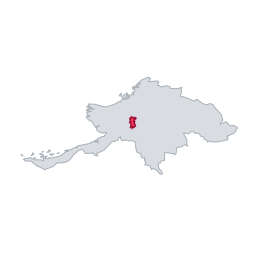 Det Khi Na, Mandalay, Myanmar (highlighted), rotated 85°
{"feature_id": "60261553B61671453611956", "entity_name": "Det Khi Na", "entity_type": "district", "adm_level": 2, "iso_a3": "MMR", "parent_name": "Myanmar", "parent_adm1": "Mandalay", "projection": "orthographic", "projection_center": [96.227, 19.679], "detail": "fine", "context": "in_parent", "style": "filled", "palette": "rose", "viewbox_px": 256, "rotation_deg": 85, "n_neighbors": 0, "source": "geoboundaries", "source_scale": "gbopen_adm2", "svg_char_len": 5899}
<svg xmlns="http://www.w3.org/2000/svg" viewBox="0 0 256 256"><g transform="rotate(85 128 128)"><path d="M166.1,114.5L163.6,113.3L161.7,114.5L158.8,114.1L159.2,116.6L157.6,117.5L154.7,117.3L153.0,121.1L147.0,122.2L143.0,121.5L140.9,125.0L140.8,128.8L139.7,131.2L140.2,135.2L137.6,136.3L136.1,136.1L136.9,137.9L139.0,138.7L140.2,142.9L139.8,144.5L148.1,154.0L150.7,161.5L152.6,160.5L153.2,161.3L152.5,163.3L150.0,164.8L149.6,172.8L145.5,174.8L145.7,177.5L146.2,179.3L149.9,184.6L154.1,188.2L156.5,192.0L157.0,197.7L156.4,200.0L157.5,203.4L159.7,205.6L162.2,214.5L157.4,222.4L152.5,227.6L151.9,233.1L150.3,234.9L149.5,233.2L149.1,227.5L151.5,223.9L152.2,216.8L153.7,215.3L152.9,214.6L151.0,215.1L151.6,209.5L150.5,209.3L151.4,208.0L150.1,198.6L146.3,192.0L145.8,189.1L145.2,193.0L144.8,192.2L144.6,187.0L142.4,181.3L142.6,180.8L143.6,181.3L142.7,180.0L141.9,180.3L141.3,178.9L140.0,167.0L138.6,165.3L139.1,160.2L140.2,158.9L136.2,159.4L134.4,155.1L134.2,152.7L130.3,149.2L130.9,150.3L130.3,151.5L130.9,153.5L129.3,157.3L127.7,159.0L125.6,159.7L123.9,158.6L123.5,156.6L122.9,156.6L124.4,160.4L118.1,163.6L117.1,165.9L113.8,168.8L112.8,168.4L113.4,164.4L111.4,167.6L108.8,167.7L108.3,163.4L107.2,165.9L105.6,166.6L106.2,159.5L105.7,161.6L103.2,164.4L100.7,165.3L101.3,159.4L104.7,150.2L105.0,147.1L103.3,139.7L100.5,133.4L101.3,133.3L99.4,131.5L99.1,126.9L98.0,128.6L97.8,131.4L95.3,129.9L93.0,125.9L94.0,125.5L96.7,127.5L98.2,126.4L98.6,125.1L94.4,121.1L95.5,119.5L94.1,119.5L90.5,117.6L89.5,117.9L89.9,119.6L89.1,120.1L87.8,117.5L88.8,116.3L87.9,116.2L88.6,114.0L88.2,113.6L86.5,116.6L85.5,115.8L86.6,114.4L86.2,113.5L84.7,111.7L84.8,114.8L81.1,109.8L79.1,103.0L80.8,101.3L83.7,103.4L83.6,95.1L84.9,93.3L87.8,94.9L88.7,92.8L89.9,92.2L89.2,86.5L90.2,82.9L92.2,82.3L92.8,79.3L93.1,75.3L92.2,70.8L94.0,71.9L96.0,71.5L100.8,73.1L102.6,67.9L107.1,59.5L105.5,57.5L105.8,56.3L109.8,51.9L111.8,47.9L110.9,44.4L111.8,41.5L115.3,39.6L122.9,33.8L128.6,32.9L130.9,35.2L132.4,35.4L130.1,30.0L134.8,25.9L134.6,22.6L136.8,19.2L138.1,19.3L139.2,21.0L140.4,21.0L142.7,23.4L144.8,30.3L146.4,29.0L148.5,30.0L149.6,40.1L149.2,46.1L147.9,47.4L148.9,49.9L146.9,50.8L145.6,53.1L143.6,53.3L142.2,56.6L140.2,57.1L139.1,59.7L139.4,61.6L137.7,62.7L137.2,66.0L138.7,67.3L139.1,69.1L137.6,72.8L138.9,72.9L144.6,70.4L148.5,70.8L151.2,70.2L149.6,72.7L151.3,76.0L151.7,81.1L157.7,82.4L158.7,83.7L157.4,85.3L155.5,93.5L163.4,94.5L163.7,97.6L165.5,98.7L165.7,100.5L166.8,101.0L171.0,100.8L173.5,98.6L176.7,97.6L176.9,99.4L176.2,100.7L172.8,102.6L170.5,106.5L170.3,107.3L171.4,108.0L167.4,109.6L166.1,114.5ZM95.5,123.7L98.1,125.2L97.6,126.4L95.9,126.4L94.7,124.4L95.5,123.7ZM147.2,204.3L148.9,206.6L147.2,208.2L147.2,204.3ZM95.1,133.9L93.8,133.0L92.9,131.7L95.7,131.8L95.1,133.9ZM149.7,214.4L149.7,217.5L148.7,217.2L148.0,214.6L149.7,214.4ZM104.6,165.3L102.8,167.3L102.6,165.6L105.0,163.1L104.6,165.3ZM138.5,162.6L137.4,162.0L137.3,160.2L138.1,159.6L138.7,160.5L138.5,162.6ZM146.2,218.2L146.0,217.2L147.1,214.7L146.9,216.9L146.2,218.2ZM145.6,224.0L147.1,226.3L146.9,226.8L145.5,225.0L144.6,225.1L145.6,224.0ZM150.6,212.6L149.1,213.3L149.0,211.2L150.6,212.6ZM147.1,234.8L145.2,236.8L145.4,235.7L147.1,234.8ZM87.3,117.8L88.0,120.4L86.8,117.3L87.3,117.8ZM147.2,199.4L147.1,201.3L146.6,198.2L147.2,199.4ZM93.1,119.7L93.3,121.3L92.3,119.0L93.1,119.7ZM145.2,210.4L144.1,209.5L144.4,208.8L145.0,208.9L145.2,210.4ZM144.4,207.7L143.6,209.0L142.9,208.2L143.5,207.6L144.4,207.7ZM144.6,215.3L144.6,216.4L143.8,213.8L144.6,215.3ZM107.2,167.7L106.4,167.6L107.5,166.3L107.6,166.8L107.2,167.7ZM150.0,224.2L149.2,224.0L149.8,222.7L150.0,224.2Z" fill="#d9dde1" stroke="#a8b0b8" stroke-width="1"/><path d="M125.1,124.9L125.5,124.8L125.8,124.8L126.0,124.8L126.3,124.7L126.4,124.8L126.5,124.8L126.8,124.9L126.9,125.0L126.9,124.9L127.0,124.9L127.1,125.0L127.3,125.1L127.5,125.3L127.8,125.2L127.8,124.9L127.9,124.7L128.0,124.7L128.2,124.4L128.3,124.3L128.2,124.3L128.2,124.2L128.0,123.8L127.9,123.7L127.7,123.7L127.4,123.6L127.2,123.6L126.9,123.5L126.9,123.4L126.8,123.2L127.0,123.0L127.4,122.7L127.5,122.7L127.8,122.5L128.0,122.4L128.0,122.2L127.8,122.0L127.8,121.9L127.7,121.9L127.5,121.7L127.4,121.7L127.2,121.5L127.2,121.4L127.0,121.2L126.9,121.0L126.9,120.9L126.9,120.7L126.7,120.5L126.6,120.4L126.4,120.4L126.2,120.4L125.8,120.5L125.7,120.5L125.5,120.8L125.3,120.8L125.2,120.9L125.2,121.0L124.9,121.1L124.5,121.2L124.4,121.3L124.3,121.5L124.2,121.6L123.9,121.7L123.7,121.6L123.6,121.4L123.5,121.5L123.4,121.5L123.2,121.5L123.3,121.4L123.2,121.2L122.9,121.2L122.9,121.4L123.0,121.5L122.8,121.5L122.5,121.6L122.4,121.6L122.3,121.4L122.0,121.3L122.0,121.2L121.9,121.3L121.8,121.2L121.7,121.2L121.7,121.3L121.4,121.3L121.2,121.5L120.9,121.5L120.8,121.0L120.6,120.9L120.4,120.7L120.2,120.5L120.2,120.4L119.9,120.2L119.8,119.9L119.7,119.8L119.7,119.7L119.4,119.4L119.3,119.5L119.2,119.4L119.1,119.5L118.9,119.5L118.8,119.4L118.7,119.4L118.5,119.5L118.4,119.8L118.5,119.8L118.6,120.0L118.7,120.3L118.7,120.5L118.8,120.5L118.8,120.9L118.7,120.9L118.5,121.0L118.4,121.1L118.4,121.3L118.3,121.5L118.2,121.5L118.3,121.7L118.3,121.8L118.4,122.0L118.2,122.2L118.2,122.3L118.2,122.5L118.1,122.4L118.0,122.5L117.9,122.8L117.7,122.9L117.7,123.0L117.8,123.2L117.8,123.3L117.8,123.5L117.8,123.8L117.7,123.8L117.8,123.9L117.8,124.0L117.8,124.3L117.9,124.5L118.0,124.7L118.1,124.8L118.3,124.9L118.4,125.0L118.5,125.0L118.9,125.1L119.0,125.1L119.1,125.3L119.4,125.3L119.5,125.3L119.7,125.2L119.7,124.9L119.8,124.9L120.1,124.9L120.3,124.9L120.5,124.8L120.8,125.0L121.0,125.1L121.3,125.1L121.5,125.1L121.6,125.3L121.8,125.4L121.8,125.5L122.0,125.5L122.2,125.4L122.3,125.4L122.3,125.2L122.4,125.3L122.4,125.2L122.5,125.2L122.6,125.3L122.6,125.2L122.6,124.9L122.7,124.7L122.8,124.7L122.9,124.8L123.1,124.8L123.4,124.8L123.7,124.8L123.8,124.8L124.0,124.9L124.3,124.8L124.5,124.8L124.8,124.9L125.1,124.9L125.1,124.9Z" fill="#f43f5e" stroke="#9f1239" stroke-width="1.5"/></g></svg>